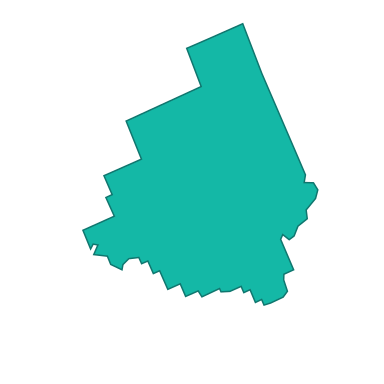 outline of Walker, Alabama, United States of America, rotated 66°
{"feature_id": "52423323B96350777838033", "entity_name": "Walker", "entity_type": "district", "adm_level": 2, "iso_a3": "USA", "parent_name": "United States of America", "parent_adm1": "Alabama", "projection": "orthographic", "projection_center": [-87.187, 33.759], "detail": "fine", "context": "isolated", "style": "filled", "palette": "teal", "viewbox_px": 384, "rotation_deg": 66, "n_neighbors": 0, "source": "geoboundaries", "source_scale": "gbopen_adm2", "svg_char_len": 876}
<svg xmlns="http://www.w3.org/2000/svg" viewBox="0 0 384 384"><g transform="rotate(66 192 192)"><path d="M141.3,265.8L161.9,266.0L162.0,272.9L182.5,272.8L182.6,307.2L202.8,307.8L199.4,303.5L202.1,299.5L209.2,307.2L216.2,295.4L225.1,295.7L234.6,287.6L230.2,284.6L227.2,276.8L230.2,267.2L237.0,267.2L237.1,260.4L250.8,260.5L250.8,253.6L271.1,253.7L271.1,240.1L284.8,240.3L284.9,226.6L291.8,225.6L291.4,206.1L295.0,206.1L298.2,197.8L298.2,185.5L305.0,185.6L304.9,178.7L318.7,179.0L318.5,172.1L324.6,172.2L325.4,165.4L325.1,151.5L321.5,145.2L309.6,144.0L304.5,141.5L304.4,130.8L271.3,130.3L267.8,126.4L275.1,122.6L273.7,116.6L266.3,109.1L263.3,97.6L254.8,95.0L248.2,81.8L241.2,76.2L233.0,77.3L229.0,85.7L222.5,81.4L203.2,81.1L112.0,80.0L58.9,77.2L58.8,118.1L58.6,138.4L99.4,140.7L100.4,223.3L141.4,224.8L141.3,265.8Z" fill="#14b8a6" stroke="#0f766e" stroke-width="1.5"/></g></svg>